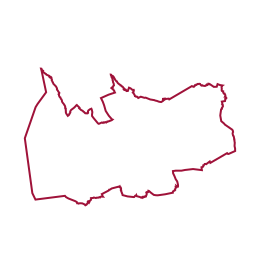 Grue nor, Hedmark, Norway (Mercator projection), rotated 172°
{"feature_id": "86288312B6649018055667", "entity_name": "Grue nor", "entity_type": "district", "adm_level": 2, "iso_a3": "NOR", "parent_name": "Norway", "parent_adm1": "Hedmark", "projection": "mercator", "projection_center": [12.179, 60.414], "detail": "fine", "context": "isolated", "style": "outline", "palette": "rose", "viewbox_px": 256, "rotation_deg": 172, "n_neighbors": 0, "source": "geoboundaries", "source_scale": "gbopen_adm2", "svg_char_len": 5745}
<svg xmlns="http://www.w3.org/2000/svg" viewBox="0 0 256 256"><g transform="rotate(172 128 128)"><path d="M33.2,159.0L34.4,156.5L37.3,156.8L40.7,159.9L41.0,159.9L41.0,160.1L41.4,160.4L41.7,160.3L41.9,160.6L42.3,160.7L42.5,160.2L43.3,160.0L43.2,159.8L43.4,159.5L44.2,159.4L44.4,159.8L45.1,159.1L45.9,158.9L48.0,159.5L48.6,160.0L49.1,159.7L49.4,159.8L50.3,161.0L50.5,161.6L51.4,161.9L52.7,161.7L53.0,161.9L53.7,161.5L54.3,161.5L54.5,161.1L55.4,161.0L55.7,161.1L56.1,160.7L56.1,160.4L56.9,160.1L56.8,159.8L56.9,159.7L57.5,159.7L58.9,160.6L83.2,150.6L83.6,151.4L86.8,151.5L88.2,150.8L88.3,151.7L88.1,152.0L89.3,152.0L89.7,149.9L91.5,149.1L92.3,149.3L93.6,149.7L95.6,150.8L97.2,151.4L98.0,151.9L102.1,153.2L106.3,155.6L107.5,155.6L111.0,157.2L113.7,156.3L114.0,156.8L114.2,157.3L114.8,157.8L115.5,157.8L115.6,158.1L116.7,158.6L116.7,159.1L116.9,159.6L117.0,160.3L117.5,161.1L117.6,161.7L118.1,162.2L117.9,162.3L117.7,162.8L117.0,164.2L117.1,164.7L117.3,164.6L117.2,164.9L118.5,165.3L119.9,166.9L121.4,167.8L123.0,164.7L124.3,164.8L124.5,165.7L124.8,165.9L124.9,166.1L125.2,165.8L126.1,166.1L126.8,166.6L126.9,166.8L126.3,167.4L126.3,167.6L126.5,167.9L126.8,167.9L127.4,169.4L127.9,169.9L128.3,170.0L128.8,171.0L129.5,171.2L129.6,171.6L129.9,172.0L130.7,172.6L131.1,173.2L131.6,173.6L132.2,174.6L132.5,175.7L133.0,175.9L134.1,177.7L134.3,178.6L135.1,180.4L135.1,180.6L135.9,181.7L136.9,182.1L137.3,183.1L137.6,183.2L137.6,182.8L137.1,181.3L137.2,180.9L136.8,180.6L136.8,180.0L136.6,179.6L136.7,179.3L136.6,179.1L136.5,177.8L136.4,177.6L136.6,177.1L136.4,176.6L136.4,175.2L136.0,174.2L136.0,172.1L137.0,171.4L137.2,170.7L138.1,170.5L138.9,169.9L137.9,168.8L137.2,168.4L137.2,167.8L136.5,166.9L136.4,166.2L136.5,165.8L136.3,165.7L136.0,164.9L142.6,163.7L150.6,161.4L149.3,157.5L148.5,153.8L147.7,148.0L145.3,142.8L142.6,138.7L142.2,138.5L142.8,138.1L144.2,137.7L144.9,137.7L145.3,137.4L147.4,137.3L147.4,137.0L148.7,136.7L148.9,136.5L149.6,137.0L150.5,136.7L150.6,136.9L151.5,137.0L152.1,136.5L153.1,137.1L156.3,136.2L156.7,136.4L157.3,137.1L160.5,142.3L161.9,144.8L161.8,146.1L161.1,148.7L161.3,151.1L161.6,152.2L163.2,151.8L164.9,150.8L165.4,149.9L165.4,148.6L165.8,148.2L166.6,148.1L167.3,148.5L168.2,148.5L168.9,149.3L169.1,149.8L169.9,150.4L170.0,150.7L170.6,151.4L172.0,152.4L172.8,153.4L173.5,154.2L173.6,154.3L173.2,154.8L174.1,156.1L175.2,157.3L175.3,157.6L175.5,157.9L176.4,157.4L177.2,156.6L178.9,155.4L181.8,153.8L182.9,152.5L183.0,152.0L182.9,151.6L183.2,151.0L184.0,150.4L184.1,149.8L184.6,149.2L185.9,148.4L187.1,150.8L187.4,151.9L187.2,152.6L187.3,153.5L187.0,154.4L187.2,155.0L187.1,155.7L187.0,155.8L187.5,156.6L187.2,157.0L187.2,157.6L187.5,159.2L187.8,159.5L188.3,160.8L188.9,161.7L189.4,162.6L189.7,163.7L189.6,164.3L189.9,165.6L190.5,166.3L190.7,167.7L191.3,168.1L191.8,169.6L191.7,170.8L192.0,171.2L191.2,172.0L191.1,172.4L192.0,173.8L192.3,174.9L192.9,175.7L193.0,176.2L192.8,177.1L193.5,179.1L195.8,182.3L196.0,183.6L196.3,183.9L196.5,184.9L196.9,185.8L196.9,186.1L196.6,186.6L196.8,187.3L197.1,187.8L196.8,188.3L196.9,188.8L197.4,189.4L198.1,189.1L198.2,189.5L198.7,189.5L198.9,190.0L198.7,190.4L198.8,190.6L199.2,190.6L199.7,191.2L200.8,191.8L201.4,192.2L201.6,192.8L202.3,193.2L203.2,194.4L204.5,195.0L204.7,195.5L204.3,195.9L204.1,196.5L205.1,197.1L205.2,198.0L205.5,198.8L205.9,198.9L205.6,196.7L204.1,174.8L214.2,164.4L216.6,161.5L231.6,132.2L231.8,76.8L229.6,70.0L199.9,69.6L199.0,68.2L196.8,66.5L190.4,62.9L189.0,61.8L189.0,61.0L188.8,60.5L188.0,60.5L187.4,60.0L186.4,60.2L183.9,59.8L182.4,58.9L181.6,58.3L181.0,57.4L179.8,57.8L179.5,58.1L179.5,58.4L178.7,58.7L178.2,59.4L178.3,59.9L178.2,60.5L177.6,61.1L177.2,61.0L177.3,60.4L176.9,59.6L176.3,60.4L176.1,61.1L174.7,62.0L174.5,62.5L174.6,62.9L174.0,63.4L174.1,63.7L172.1,63.6L171.5,63.9L169.5,63.1L168.4,63.4L167.4,63.1L166.0,63.5L165.4,63.1L164.8,63.7L164.1,63.8L162.4,63.5L162.7,64.0L162.8,64.9L162.8,65.5L163.1,66.2L155.8,68.8L155.3,69.5L154.7,69.4L152.5,70.4L144.9,71.3L144.9,70.8L144.4,70.4L144.3,71.1L144.2,71.2L143.9,70.2L143.5,70.1L143.3,69.1L143.4,68.2L143.7,67.8L143.4,67.1L143.4,66.9L143.6,66.8L143.5,66.6L143.5,65.9L143.1,65.1L143.1,64.2L142.8,63.6L142.7,62.3L137.9,60.3L131.9,58.8L131.5,58.8L130.3,59.9L129.7,60.1L129.3,59.9L129.1,60.2L128.9,59.3L125.8,58.0L124.6,57.1L124.1,57.2L123.6,57.7L122.6,57.9L122.2,57.5L122.3,57.2L121.5,57.5L121.1,57.4L120.5,57.6L120.4,57.9L120.2,57.8L120.0,58.0L119.7,57.9L119.6,58.4L119.1,58.9L118.6,60.1L118.8,61.3L118.6,61.3L118.4,61.9L117.1,61.7L116.7,62.4L116.7,62.7L116.6,63.0L116.0,62.7L114.4,60.8L111.8,58.2L110.0,57.6L107.9,57.2L100.3,57.2L92.6,57.7L92.6,58.3L92.2,59.0L90.3,59.7L90.2,60.4L89.9,60.4L89.9,60.8L88.9,62.2L89.0,62.7L89.0,63.0L88.1,62.7L88.0,62.9L88.1,63.8L87.4,63.1L86.7,63.0L86.5,63.6L86.4,65.0L86.7,68.2L87.9,70.7L88.6,73.6L89.6,76.8L89.5,79.1L86.4,79.1L81.1,78.3L77.4,78.5L69.3,78.3L60.7,76.0L60.7,78.9L59.3,79.1L58.8,79.5L58.7,80.5L58.2,80.5L57.0,81.7L56.1,81.6L55.6,81.3L51.7,83.5L51.3,82.0L33.4,89.3L33.0,88.6L32.0,88.3L25.1,90.3L24.8,92.8L25.0,95.3L24.3,98.7L24.4,99.5L24.3,100.7L24.4,101.1L24.5,101.7L24.2,102.1L24.4,102.4L24.4,104.2L24.6,104.9L24.5,105.1L24.6,105.4L25.0,105.9L25.2,107.9L24.8,109.1L24.5,109.4L24.6,111.0L25.1,111.9L31.5,117.8L32.3,119.1L34.7,121.8L34.9,127.5L34.5,129.0L33.2,133.5L32.4,133.8L32.2,134.3L32.3,134.5L32.2,134.9L31.2,135.9L30.9,136.5L31.0,136.8L31.0,137.7L31.3,138.0L31.0,138.2L31.3,139.2L31.2,139.8L31.4,141.1L28.2,141.2L27.8,142.4L27.7,143.3L26.6,143.6L26.4,144.0L27.0,145.2L27.7,145.4L27.2,146.1L27.0,146.9L27.2,147.2L27.5,148.6L28.3,148.7L28.5,149.4L28.7,149.6L28.8,150.3L28.6,151.1L29.9,151.7L30.0,152.3L29.6,154.3L29.7,154.7L29.6,155.8L29.0,156.3L28.9,156.7L28.8,156.9L28.6,157.0L31.1,157.8L33.2,159.0Z" fill="none" stroke="#9f1239" stroke-width="2"/></g></svg>